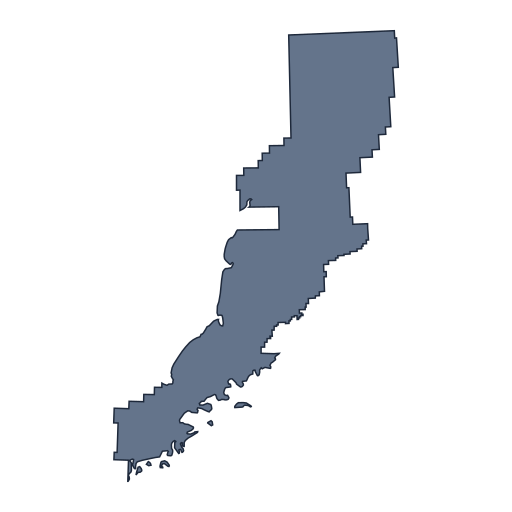 outline of Lake and Peninsula, Alaska, United States of America
{"feature_id": "52423323B73962947550277", "entity_name": "Lake and Peninsula", "entity_type": "district", "adm_level": 2, "iso_a3": "USA", "parent_name": "United States of America", "parent_adm1": "Alaska", "projection": "albers", "projection_center": [-157.475, 58.272], "detail": "fine", "context": "isolated", "style": "filled", "palette": "slate", "viewbox_px": 512, "rotation_deg": 0, "n_neighbors": 0, "source": "geoboundaries", "source_scale": "gbopen_adm2", "svg_char_len": 6117}
<svg xmlns="http://www.w3.org/2000/svg" viewBox="0 0 512 512"><path d="M161.9,383.1L161.8,387.4L154.5,387.3L154.3,394.6L143.8,394.4L143.6,401.7L129.1,401.3L128.8,408.7L114.2,408.2L113.7,422.9L118.1,423.0L117.1,452.4L114.2,452.3L113.9,459.7L128.5,460.2L127.8,481.3L128.1,481.3L128.6,480.6L129.4,479.0L129.2,477.0L128.5,475.7L128.5,475.1L129.2,473.7L130.9,472.1L131.4,470.6L131.4,463.0L129.8,460.7L130.1,460.1L132.3,459.1L133.6,459.5L133.0,463.2L132.6,464.0L132.7,465.3L134.3,468.4L134.8,468.7L135.4,468.7L135.7,468.1L135.5,466.9L136.1,463.4L137.3,461.8L142.3,460.3L148.6,458.9L155.3,457.5L159.6,456.9L162.4,451.2L167.4,450.7L168.3,451.4L168.0,451.9L167.2,454.6L167.3,455.0L167.8,455.5L170.9,455.8L171.8,455.2L172.5,452.9L172.7,451.2L172.6,450.3L172.4,449.7L172.0,449.0L171.6,448.7L171.4,445.0L171.7,443.3L173.2,441.4L174.6,440.6L175.8,441.4L175.8,441.7L174.8,442.3L174.6,447.6L174.7,447.9L178.7,453.5L179.2,453.3L179.4,452.7L179.4,451.2L178.9,450.5L179.1,449.6L180.4,449.4L180.7,449.5L181.7,452.0L182.0,452.4L182.4,452.3L183.3,451.4L183.6,450.6L183.1,448.7L181.7,447.1L180.6,444.4L180.4,443.9L181.1,442.8L181.4,442.6L182.1,442.7L182.5,443.1L182.5,443.3L182.2,443.9L182.8,446.0L184.1,446.5L184.2,446.4L184.2,442.5L185.3,440.5L188.2,438.0L191.8,436.0L197.5,432.4L197.7,431.6L194.8,431.9L194.0,432.8L190.5,434.1L187.4,433.8L187.0,433.4L187.3,432.1L191.1,430.5L192.9,429.1L193.5,427.9L193.3,427.0L187.9,424.3L187.2,424.4L184.4,423.9L182.8,422.7L180.1,422.8L179.5,420.8L179.6,419.9L179.7,419.5L184.3,413.2L187.8,410.8L189.9,411.1L191.7,412.4L197.2,412.9L197.6,412.4L198.0,410.4L197.1,409.4L197.6,408.0L198.0,407.8L201.9,408.6L203.9,409.7L207.9,411.5L209.2,411.9L209.8,411.1L211.5,409.5L211.8,408.5L211.3,405.7L210.8,404.5L207.4,403.3L203.0,405.1L199.8,405.0L199.3,403.4L200.5,402.5L201.3,401.4L204.1,401.2L205.6,399.2L207.1,397.5L210.4,396.6L214.4,394.5L215.6,394.8L216.4,396.7L216.6,397.8L217.1,398.8L218.5,400.4L220.3,400.1L221.7,399.4L224.5,399.6L224.9,399.9L226.8,399.8L228.2,399.3L228.8,398.3L228.9,397.6L227.6,395.3L226.3,395.5L224.7,394.8L224.3,394.4L223.7,392.5L224.6,389.4L225.2,388.2L225.8,387.6L230.7,386.9L230.8,386.1L230.4,384.3L229.6,383.9L229.1,384.2L228.6,383.9L228.4,383.4L227.9,381.4L228.6,380.2L229.6,379.3L231.0,378.8L232.3,379.0L236.0,382.7L236.3,383.3L236.4,383.8L236.7,384.2L240.5,387.0L241.4,386.9L242.4,386.4L243.4,385.0L243.3,384.0L242.3,382.2L242.5,381.4L246.4,380.9L248.2,377.0L249.1,375.8L250.5,374.7L252.8,374.0L252.8,371.0L253.5,370.3L254.7,370.1L255.2,370.3L255.1,371.1L255.5,372.0L257.3,375.5L257.9,375.8L258.9,375.1L259.2,374.6L259.7,372.1L259.6,370.1L259.9,369.5L261.2,367.8L262.2,368.8L265.0,367.4L270.3,368.4L270.7,368.1L270.7,366.6L269.9,365.3L271.2,362.9L272.4,362.3L275.5,359.7L275.4,358.9L275.3,358.4L274.7,357.9L275.7,356.1L278.7,354.1L279.3,353.3L274.0,353.7L261.1,353.3L261.1,347.1L264.6,347.1L264.6,342.2L267.0,342.2L267.1,338.6L270.6,338.6L270.6,337.4L270.0,337.4L270.0,336.1L272.3,336.2L271.9,330.1L274.1,330.1L274.2,326.3L276.6,326.3L276.6,325.0L278.1,325.0L278.1,322.5L285.5,322.3L285.5,323.6L289.0,323.4L289.0,320.9L290.3,320.9L290.3,319.5L291.7,319.4L291.6,317.0L294.4,316.9L294.3,315.7L297.0,315.7L297.1,319.5L298.5,319.4L298.4,318.0L299.6,318.0L299.5,316.8L300.7,316.7L300.7,315.5L303.0,315.5L303.0,314.3L301.8,314.3L301.8,313.0L299.4,313.1L299.3,309.7L305.2,309.6L305.2,307.1L306.1,307.1L306.0,303.5L308.5,303.5L308.3,298.5L315.3,298.1L315.4,295.9L319.4,295.7L319.3,291.9L324.5,291.3L324.0,276.8L326.3,276.7L326.2,271.6L323.8,271.7L323.6,264.5L328.6,264.3L328.4,260.6L335.7,260.4L335.6,258.0L338.0,257.9L337.8,255.7L344.0,255.5L343.9,254.3L350.1,254.0L350.0,251.6L357.1,251.3L357.0,249.0L361.7,248.7L361.6,246.2L363.0,246.2L362.9,243.8L366.5,243.7L366.2,240.1L368.5,240.0L367.7,228.5L367.6,223.7L352.8,224.3L352.5,217.0L350.2,217.1L348.9,187.7L346.6,187.8L346.0,173.1L360.6,172.4L359.9,157.7L372.4,157.1L372.0,149.8L379.3,149.4L378.5,134.7L385.8,134.3L385.4,127.0L390.8,126.7L389.1,97.3L394.6,97.0L392.8,67.6L398.3,67.3L396.5,37.9L394.7,38.1L394.3,30.7L288.7,35.0L291.0,138.0L283.9,138.1L284.0,145.5L269.4,145.7L269.5,153.1L262.2,153.2L262.3,160.5L258.2,160.6L258.3,167.9L243.7,168.0L243.8,175.4L236.5,175.4L236.5,190.2L240.0,190.1L240.0,210.5L243.5,208.7L245.5,207.0L246.8,204.8L246.9,202.0L247.3,201.1L248.6,199.7L249.8,198.8L250.9,198.8L251.7,199.6L250.2,200.6L249.7,202.4L250.1,205.5L249.5,206.7L249.0,207.1L278.7,206.7L279.1,229.6L237.4,230.0L236.4,231.4L235.0,234.4L233.0,237.1L232.0,237.9L231.3,237.6L228.8,239.5L228.4,240.0L227.2,242.3L225.6,247.2L225.1,249.1L224.2,254.3L224.2,256.6L224.6,258.8L226.0,260.7L229.3,263.8L230.1,264.4L230.8,264.4L231.6,263.0L232.3,262.7L232.6,262.6L233.3,263.8L231.9,266.7L231.3,267.7L227.0,268.6L226.0,268.5L225.2,268.8L224.2,269.8L222.9,271.8L222.4,274.9L221.7,279.5L220.3,293.5L218.9,301.7L217.4,306.0L217.1,312.9L218.0,315.4L218.3,315.5L219.8,315.1L221.8,315.3L222.1,315.7L222.7,317.9L223.3,322.9L223.3,323.6L222.7,325.9L221.4,325.8L219.9,324.8L218.5,321.6L218.3,319.9L218.5,319.4L217.4,319.4L214.3,320.8L213.6,321.2L209.3,325.7L207.0,326.8L205.8,329.1L203.3,333.1L202.2,334.1L201.1,334.3L200.0,336.8L196.9,337.8L193.2,339.8L189.7,342.5L185.7,346.9L182.5,350.9L178.8,356.3L173.8,364.1L172.1,367.8L171.1,372.9L171.7,374.3L171.3,376.3L172.7,378.9L173.4,379.8L172.9,381.1L172.9,382.9L172.1,384.0L168.8,384.1L167.0,385.3L163.8,384.2L161.9,383.1ZM234.8,406.3L234.7,407.3L234.8,407.6L242.1,407.1L243.0,406.8L243.4,406.1L244.4,405.3L244.7,405.2L247.5,405.4L249.2,406.0L249.9,406.6L250.7,406.9L251.3,406.5L251.2,406.2L250.5,405.6L246.4,403.0L243.2,402.6L238.3,402.7L236.5,404.1L234.8,406.3ZM160.0,466.2L160.3,467.6L162.7,467.8L162.8,467.2L161.5,466.1L162.5,463.9L164.4,463.6L167.9,466.3L168.9,466.5L169.3,465.9L169.2,465.1L167.1,462.1L164.7,460.8L161.4,461.6L160.8,462.8L160.0,466.2ZM136.6,472.1L136.0,475.0L138.1,472.4L140.2,472.2L141.6,471.1L141.8,470.2L141.2,468.5L139.7,466.6L138.1,467.2L136.6,472.1ZM207.8,422.5L207.7,423.0L211.3,425.7L212.7,424.9L212.2,421.8L211.0,420.7L207.8,422.5ZM148.3,461.6L146.4,464.3L148.7,465.7L151.0,465.2L150.5,463.5L149.6,462.4L148.3,461.6Z" fill="#64748b" stroke="#1e293b" stroke-width="1.5"/></svg>